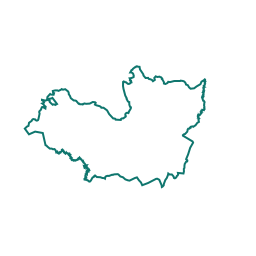 outline of Ayensuano, Eastern, Ghana, rotated 332°
{"feature_id": "2480657B11085167902059", "entity_name": "Ayensuano", "entity_type": "district", "adm_level": 2, "iso_a3": "GHA", "parent_name": "Ghana", "parent_adm1": "Eastern", "projection": "natural_earth1", "projection_center": [-0.482, 5.946], "detail": "fine", "context": "isolated", "style": "outline", "palette": "teal", "viewbox_px": 256, "rotation_deg": 332, "n_neighbors": 0, "source": "geoboundaries", "source_scale": "gbopen_adm2", "svg_char_len": 5791}
<svg xmlns="http://www.w3.org/2000/svg" viewBox="0 0 256 256"><g transform="rotate(332 128 128)"><path d="M36.6,80.1L37.6,87.1L44.3,87.6L50.4,92.4L47.1,104.5L47.8,105.3L48.0,106.4L49.3,109.5L51.0,110.4L51.8,111.6L53.1,112.0L53.3,112.3L53.6,113.9L53.2,115.8L54.3,115.7L54.0,116.7L54.9,118.1L56.0,117.2L56.4,118.0L57.0,118.0L57.7,117.4L58.2,117.5L59.2,117.0L59.4,116.2L60.0,116.2L60.1,116.7L59.8,117.0L60.4,117.6L60.3,118.3L60.1,118.4L60.4,118.9L60.0,119.5L60.9,120.2L60.5,120.7L60.7,121.3L61.6,120.9L61.5,121.2L62.4,121.4L62.6,122.2L63.1,122.3L63.1,122.9L63.3,122.9L63.6,123.6L63.9,123.5L63.7,124.0L64.3,124.0L64.5,124.3L63.6,124.6L63.8,124.8L63.5,125.1L63.5,125.7L64.0,126.2L63.2,127.3L64.1,127.5L64.2,127.8L63.9,127.8L63.3,128.6L63.3,129.6L63.8,129.5L64.4,131.0L64.8,130.8L65.4,131.4L65.5,131.1L65.9,131.4L65.8,131.8L66.7,132.2L67.4,131.9L68.6,132.5L69.1,132.3L69.3,131.8L69.8,131.8L70.1,131.4L70.6,131.4L70.4,132.0L70.7,132.3L71.0,132.1L70.9,132.6L71.1,132.3L71.2,132.9L71.7,132.8L71.7,133.5L72.1,133.8L72.2,135.5L72.7,135.7L72.3,136.1L72.4,136.8L72.7,137.0L72.4,137.5L73.0,138.8L73.3,141.0L72.8,140.8L72.6,141.1L72.9,141.2L71.8,141.4L71.3,140.9L71.0,142.4L71.4,142.3L71.3,142.8L72.3,142.8L72.1,143.1L72.5,143.7L72.8,143.6L72.6,143.9L73.0,144.1L73.2,143.7L73.6,144.3L73.5,145.2L73.7,145.8L74.1,146.0L74.0,147.3L72.8,147.4L72.6,147.1L72.5,147.5L72.1,147.1L72.2,147.7L71.5,147.5L71.6,148.0L70.8,148.2L70.5,148.7L70.4,148.3L70.4,149.1L70.1,149.5L69.9,148.7L69.5,149.4L68.9,149.0L68.4,149.9L67.9,150.2L68.0,151.4L67.5,151.4L67.6,152.1L67.2,152.0L67.0,152.6L66.3,152.3L66.0,152.7L65.6,152.6L65.4,153.1L67.6,154.9L67.6,155.3L68.2,155.8L68.5,157.0L69.1,157.4L70.5,157.0L73.4,155.1L74.3,155.1L75.3,154.7L75.5,155.0L76.6,154.5L77.5,156.7L80.5,158.5L81.9,160.1L83.5,161.1L83.9,161.9L85.1,160.5L86.2,160.3L87.9,160.8L88.6,161.4L92.1,161.8L92.6,162.3L93.9,162.4L97.2,163.9L97.7,164.5L98.5,167.2L100.4,169.1L101.5,172.1L103.4,174.2L104.7,175.2L110.6,175.4L112.7,175.8L113.1,179.3L113.9,182.2L113.7,185.2L120.0,186.0L129.0,186.1L130.1,186.6L131.3,188.4L130.8,194.4L130.2,196.0L130.9,196.0L132.6,195.4L133.4,194.2L136.6,191.4L138.7,190.4L141.2,188.3L142.2,187.1L142.9,188.6L144.9,189.6L145.5,192.3L145.1,193.6L145.7,194.4L146.5,194.5L147.8,194.0L148.6,193.3L149.6,193.2L150.7,192.3L151.0,191.1L155.6,194.2L157.0,192.6L158.1,190.3L159.1,189.7L160.2,187.7L161.2,186.4L163.6,185.0L164.4,185.3L165.0,184.9L165.2,184.2L164.7,182.8L168.6,179.6L173.7,174.6L178.6,171.5L178.7,170.2L172.9,160.6L173.1,160.1L174.4,159.8L175.5,160.1L178.5,159.1L179.5,158.1L179.9,157.4L180.8,156.9L181.9,157.4L182.7,156.8L183.3,157.2L184.0,156.4L185.6,156.8L186.3,157.6L187.9,157.3L188.7,157.4L191.6,156.0L193.5,155.9L194.1,153.7L194.4,153.3L195.3,153.1L195.1,152.2L194.6,151.8L195.2,151.3L195.1,150.4L195.5,149.9L195.8,150.4L196.1,150.0L196.1,150.4L196.9,150.3L196.6,149.8L196.8,149.6L198.5,149.8L199.7,149.4L199.7,148.4L200.5,148.5L200.3,148.0L200.6,148.0L200.9,147.1L201.7,147.3L202.1,146.8L203.4,147.9L204.0,147.3L204.4,147.3L204.9,146.2L204.7,145.9L205.4,145.2L205.9,143.4L206.3,143.1L207.1,141.7L207.8,141.1L207.7,139.5L207.2,139.2L207.6,136.6L207.9,136.8L208.5,136.2L208.6,135.7L208.2,135.2L208.6,134.8L209.0,135.0L208.8,134.3L209.3,134.9L210.0,134.5L210.0,133.7L210.5,133.6L210.5,133.2L211.1,132.7L210.9,132.0L211.4,132.1L211.5,131.5L211.9,131.7L212.3,131.3L211.8,131.1L211.8,130.7L212.5,130.6L213.2,128.4L213.5,128.6L213.7,127.7L214.2,127.5L214.7,127.6L214.4,127.0L215.1,126.6L215.3,126.8L215.1,126.2L215.6,126.2L216.3,125.7L216.5,124.9L216.9,124.7L216.5,124.0L216.8,124.2L217.2,124.0L217.2,123.2L217.9,123.2L217.7,122.6L218.3,122.5L218.7,121.3L219.4,120.8L217.6,121.4L214.6,121.6L212.6,123.3L208.0,123.5L205.0,124.0L201.7,122.7L201.0,120.8L200.9,118.3L199.6,116.8L199.9,115.7L199.7,114.0L199.2,112.9L198.2,112.0L196.7,110.9L196.2,111.0L190.8,108.2L186.7,107.2L185.2,106.1L184.0,106.8L181.7,106.7L180.6,105.6L181.2,104.5L181.2,101.9L180.9,100.8L181.4,100.5L181.1,98.9L180.5,98.5L180.0,97.5L177.8,96.7L176.7,95.4L174.7,96.2L174.3,98.1L172.0,98.4L171.7,96.8L170.5,95.3L169.6,94.7L169.3,93.9L169.3,93.2L167.0,92.1L166.3,89.0L166.7,87.7L166.1,81.9L166.9,79.4L165.5,78.5L164.9,77.7L164.2,77.5L163.3,77.9L162.7,77.6L160.0,78.1L159.2,78.7L158.3,78.5L156.1,80.0L156.8,80.3L157.7,81.4L158.0,82.5L157.6,84.6L156.8,85.7L154.5,85.5L152.8,84.9L152.8,85.7L152.0,86.8L152.2,87.4L152.7,87.1L152.9,87.5L152.5,89.1L152.0,88.8L151.2,89.6L149.4,89.5L148.5,88.8L147.8,86.8L147.0,86.3L146.8,85.6L146.2,85.4L146.0,84.9L145.3,85.0L143.3,88.6L142.4,91.3L140.8,98.1L140.8,101.2L140.4,101.5L140.4,104.3L140.9,105.7L141.2,105.8L140.1,108.1L139.9,109.4L139.8,110.5L140.3,111.1L139.6,112.1L136.6,113.9L135.6,114.9L135.2,115.0L134.7,114.3L133.9,114.0L133.0,114.1L132.2,114.5L131.7,115.3L131.7,116.4L131.4,116.8L128.3,117.3L127.3,116.7L126.6,116.7L126.0,116.8L125.4,117.5L121.0,114.8L121.1,114.1L120.8,113.5L119.4,112.6L117.9,106.9L117.8,102.6L115.9,98.6L114.0,97.6L114.0,96.9L113.3,95.5L110.7,93.1L109.8,91.8L111.3,90.6L111.0,89.8L109.1,88.5L105.7,88.5L102.4,87.0L100.9,85.8L99.7,86.0L99.5,85.7L98.8,85.8L98.5,85.4L96.7,84.5L96.5,83.7L95.8,83.5L95.0,79.7L94.1,78.8L93.0,78.2L91.5,74.8L91.8,72.5L91.6,70.2L92.1,69.4L92.3,67.7L90.8,64.3L88.5,63.6L87.7,62.5L87.0,62.7L84.1,62.6L83.1,61.5L81.3,60.6L79.0,60.0L78.4,61.7L79.1,62.5L77.9,63.7L75.5,62.2L75.2,61.4L71.4,62.8L70.4,64.2L70.3,64.8L71.3,64.9L74.4,66.0L75.4,65.9L76.6,73.5L74.6,73.5L74.4,72.9L73.2,72.1L72.4,72.1L71.1,68.4L71.7,67.1L69.6,65.0L68.1,65.2L65.3,62.7L65.1,63.1L65.8,64.4L65.9,66.0L65.3,66.3L63.8,66.1L64.5,67.6L64.6,68.9L65.3,70.5L64.2,72.0L62.6,69.4L61.7,69.2L59.6,71.0L57.5,71.7L57.0,72.4L56.7,73.8L52.9,78.3L52.2,78.8L51.4,78.8L50.7,78.5L50.1,77.6L50.1,76.9L48.5,75.6L47.4,75.7L46.2,76.5L43.1,76.9L41.1,79.4L39.5,79.3L36.6,80.1Z" fill="none" stroke="#0f766e" stroke-width="2"/></g></svg>